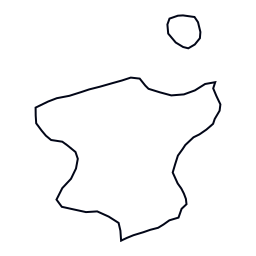 outline of Sadarak District, Şərur, Azerbaijan
{"feature_id": "54616110B79964383852369", "entity_name": "Sadarak District", "entity_type": "district", "adm_level": 2, "iso_a3": "AZE", "parent_name": "Azerbaijan", "parent_adm1": "Şərur", "projection": "albers", "projection_center": [44.899, 39.696], "detail": "fine", "context": "isolated", "style": "outline", "palette": "ink", "viewbox_px": 256, "rotation_deg": 0, "n_neighbors": 0, "source": "geoboundaries", "source_scale": "gbopen_adm2", "svg_char_len": 1078}
<svg xmlns="http://www.w3.org/2000/svg" viewBox="0 0 256 256"><path d="M215.2,82.2L205.1,84.0L194.9,90.4L183.9,94.4L171.3,95.4L159.8,92.3L148.5,88.8L145.3,85.6L139.7,78.6L130.8,77.6L121.9,80.5L112.9,83.0L99.9,86.7L89.2,89.4L81.1,92.1L69.4,95.8L56.8,98.2L48.2,101.5L35.6,107.6L35.7,115.6L36.2,123.3L41.7,130.7L45.9,135.7L51.1,140.0L62.3,141.7L67.3,145.3L75.5,152.0L77.8,158.8L76.0,168.5L71.0,178.8L62.3,188.1L56.5,199.6L61.8,206.8L74.5,209.6L86.0,212.1L97.2,211.4L108.7,216.6L118.6,222.9L120.4,230.7L121.1,240.6L127.1,237.8L133.5,235.2L143.4,232.2L150.3,229.8L158.1,227.8L163.5,224.5L169.4,220.3L178.5,217.6L181.6,208.8L186.5,204.2L185.9,198.9L183.9,193.6L181.3,188.5L177.7,183.5L175.2,178.0L172.7,172.5L175.1,164.4L177.9,155.6L182.6,149.1L185.3,145.0L193.5,137.3L199.4,134.4L206.4,129.6L213.1,123.8L214.7,119.0L219.6,110.7L220.4,104.4L216.4,96.0L213.2,88.4L215.2,82.2ZM194.8,44.5L199.9,38.2L200.4,32.0L198.0,22.2L194.5,17.0L183.0,15.4L177.9,15.7L169.5,18.6L167.4,24.5L168.2,33.6L175.7,42.5L183.1,47.0L188.3,48.3L194.8,44.5Z" fill="none" stroke="#020617" stroke-width="2"/></svg>